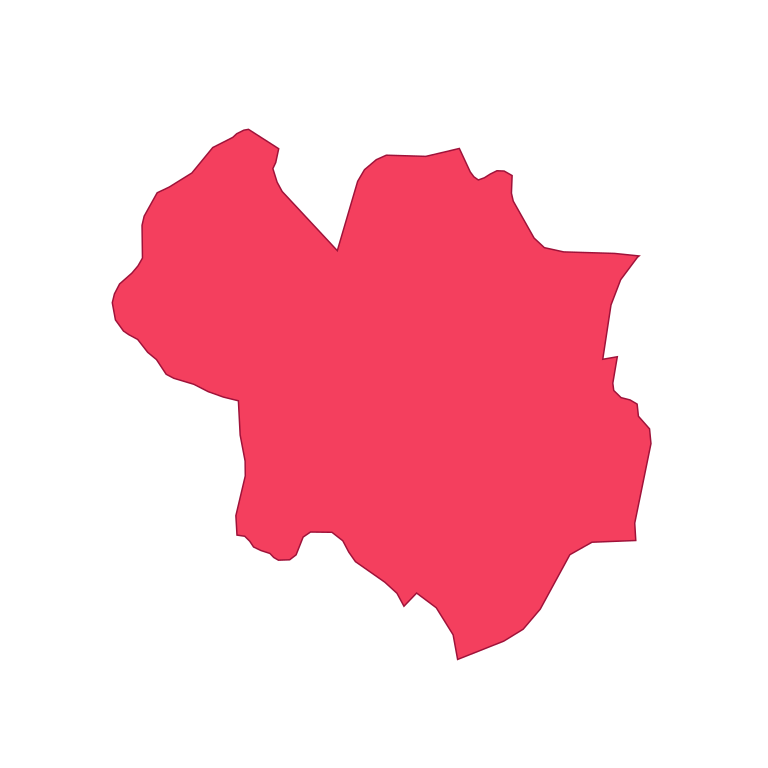 the District of Luxembourg, rotated 285°
{"feature_id": "LUX-908", "entity_name": "Luxembourg", "entity_type": "District", "adm_level": 1, "iso_a3": "LUX", "parent_name": "Luxembourg", "parent_adm1": "", "projection": "albers", "projection_center": [6.069, 49.636], "detail": "fine", "context": "isolated", "style": "filled", "palette": "rose", "viewbox_px": 768, "rotation_deg": 285, "n_neighbors": 0, "source": "natural_earth", "source_scale": "10m", "svg_char_len": 1407}
<svg xmlns="http://www.w3.org/2000/svg" viewBox="0 0 768 768"><g transform="rotate(285 384 384)"><path d="M137.0,526.4L159.6,515.7L181.4,492.4L190.5,469.6L174.5,460.8L185.2,450.7L192.8,436.0L205.0,402.4L212.5,393.5L221.9,384.8L227.3,372.1L222.0,351.3L215.2,345.5L196.2,343.3L189.8,338.4L186.5,327.6L187.9,322.4L190.8,317.7L191.3,308.2L192.8,300.2L197.4,295.0L200.9,288.9L200.0,281.1L218.5,275.0L259.3,273.8L273.6,269.8L297.4,258.3L330.1,247.7L329.8,232.2L331.1,216.2L334.5,200.3L335.1,179.6L337.0,171.1L348.7,157.9L353.4,147.6L363.3,134.5L365.6,124.7L367.7,118.7L376.4,108.0L392.2,100.5L401.3,100.3L412.2,102.7L425.9,111.8L434.4,115.8L443.1,118.1L474.7,109.2L484.1,108.9L510.0,115.4L518.6,125.5L538.1,143.8L568.1,157.4L583.1,174.1L587.7,177.0L592.9,182.9L594.9,187.2L584.0,221.4L569.9,222.1L563.3,220.9L551.3,228.5L543.6,235.8L500.7,304.4L573.0,306.1L586.0,309.7L598.7,318.5L605.6,327.0L614.7,365.5L631.0,395.8L611.2,412.4L607.4,417.2L605.5,422.3L609.2,427.6L614.3,432.3L619.2,437.9L620.8,444.9L618.5,453.8L601.3,457.7L594.1,461.5L563.8,491.2L557.2,503.6L558.1,523.4L569.8,572.9L573.7,597.2L572.0,596.0L546.0,585.6L519.1,582.8L464.5,588.9L470.7,602.3L444.0,604.8L437.2,607.6L432.2,616.5L432.3,625.8L430.1,633.7L418.7,638.1L409.4,652.1L395.5,657.3L314.5,662.2L298.0,667.7L285.0,625.8L267.2,607.7L207.0,593.2L183.2,581.9L166.7,566.3L137.0,526.4Z" fill="#f43f5e" stroke="#9f1239" stroke-width="1.5"/></g></svg>